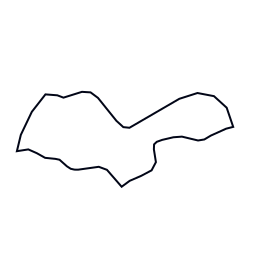 the border of Dire Dawa, rotated 19°
{"feature_id": "ETH-3135", "entity_name": "Dire Dawa", "entity_type": "Administrative State", "adm_level": 1, "iso_a3": "ETH", "parent_name": "Ethiopia", "parent_adm1": "", "projection": "natural_earth1", "projection_center": [42.031, 9.627], "detail": "fine", "context": "isolated", "style": "outline", "palette": "ink", "viewbox_px": 256, "rotation_deg": 19, "n_neighbors": 0, "source": "natural_earth", "source_scale": "10m", "svg_char_len": 668}
<svg xmlns="http://www.w3.org/2000/svg" viewBox="0 0 256 256"><g transform="rotate(19 128 128)"><path d="M227.1,92.7L221.0,96.7L208.8,108.2L203.9,114.0L198.3,117.0L181.8,118.6L173.9,122.0L164.2,128.1L159.7,131.7L158.0,135.0L159.4,139.7L165.5,151.2L164.1,160.3L156.1,168.9L146.8,177.4L141.1,185.6L121.7,174.4L113.0,174.2L94.5,183.6L90.9,184.8L87.1,185.2L82.7,184.1L73.6,180.3L69.5,180.8L59.3,183.2L50.0,181.5L40.7,180.7L30.5,186.1L28.9,169.4L31.8,144.0L39.0,123.1L50.5,120.1L57.1,120.3L72.7,108.8L81.0,106.5L89.8,109.3L114.7,125.0L123.3,128.7L129.3,127.3L167.0,83.7L182.3,72.3L198.9,69.9L214.7,76.7L227.1,92.7Z" fill="none" stroke="#020617" stroke-width="2"/></g></svg>